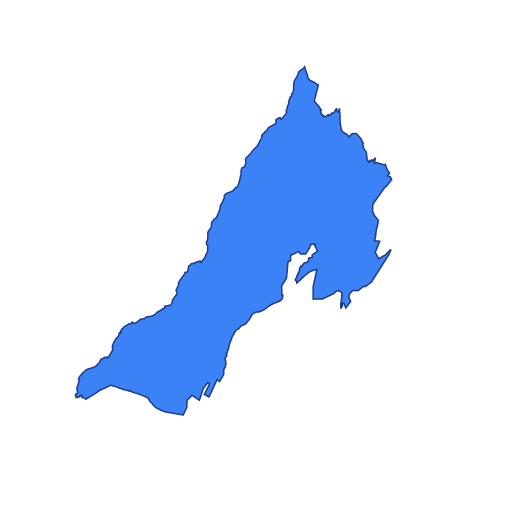 outline of Rubas pag., Saldus, Latvia, rotated 110°
{"feature_id": "27541924B9858590897676", "entity_name": "Rubas pag.", "entity_type": "district", "adm_level": 2, "iso_a3": "LVA", "parent_name": "Latvia", "parent_adm1": "Saldus", "projection": "robinson", "projection_center": [22.561, 56.414], "detail": "fine", "context": "isolated", "style": "filled", "palette": "blue", "viewbox_px": 512, "rotation_deg": 110, "n_neighbors": 0, "source": "geoboundaries", "source_scale": "gbopen_adm2", "svg_char_len": 6116}
<svg xmlns="http://www.w3.org/2000/svg" viewBox="0 0 512 512"><g transform="rotate(110 256 256)"><path d="M204.2,131.5L204.3,131.9L205.0,132.3L206.1,132.6L210.9,135.0L215.2,138.6L216.7,139.6L211.8,145.2L199.9,144.8L201.0,149.7L194.4,150.8L194.3,151.0L192.8,151.4L189.1,152.0L187.5,152.0L180.7,153.2L177.1,159.1L175.6,160.1L174.4,161.7L167.4,163.9L148.3,158.7L145.0,157.0L137.8,154.6L135.6,157.0L135.8,160.1L132.5,158.8L130.1,162.1L125.7,165.9L126.5,166.4L127.0,174.8L128.5,176.4L123.5,177.3L123.9,177.8L125.3,177.7L125.3,178.6L126.5,178.5L126.4,179.3L127.3,179.6L127.2,179.9L126.7,180.3L127.6,180.5L128.4,181.1L127.9,181.5L128.9,181.5L129.4,181.8L129.4,182.1L128.3,182.4L128.5,183.2L127.7,184.4L126.6,184.8L125.5,185.6L121.6,187.3L120.3,188.3L119.9,188.7L119.5,189.8L119.0,190.6L117.0,192.3L115.4,193.2L114.8,194.0L113.9,193.8L112.9,194.1L112.8,194.7L110.2,197.0L106.6,203.5L108.1,207.5L112.1,209.2L110.7,212.2L109.7,217.0L108.5,218.7L107.5,219.5L101.1,222.9L93.6,225.8L92.1,226.8L89.4,227.6L89.5,228.0L89.8,228.1L91.9,227.6L92.5,227.7L92.7,228.0L92.0,229.1L91.7,230.3L90.3,230.3L90.0,230.5L90.1,230.8L91.2,231.2L94.0,231.6L95.5,232.3L95.8,232.7L95.6,233.5L95.8,233.8L97.9,234.1L99.1,235.1L99.2,235.4L98.2,236.0L98.3,236.4L99.0,237.0L101.4,237.8L101.5,239.6L100.9,240.2L101.5,240.6L101.0,241.0L101.1,241.9L100.4,242.4L100.3,243.6L98.8,243.9L97.4,245.4L96.9,245.2L96.6,244.6L94.7,247.0L90.5,254.3L73.9,255.9L73.3,259.6L72.8,261.4L72.3,266.3L72.1,266.3L70.1,268.7L68.4,269.6L61.6,275.1L64.0,275.7L65.8,277.4L68.4,278.8L72.1,278.7L78.2,279.8L80.3,279.7L81.4,279.2L82.2,279.3L85.6,277.9L89.5,277.1L91.8,278.0L93.0,277.3L93.5,277.2L94.5,278.0L95.6,278.3L99.7,278.0L100.6,277.6L101.4,277.5L105.8,277.5L107.0,277.1L108.7,277.4L109.6,277.1L110.1,276.5L110.6,276.4L112.2,276.5L116.9,278.3L118.7,278.7L119.1,279.3L117.8,280.6L117.9,281.1L118.9,282.2L121.0,283.8L121.7,283.9L122.6,283.3L123.8,282.9L124.9,283.1L126.7,284.0L126.8,284.5L130.7,287.8L132.4,288.6L134.5,288.7L136.0,289.9L140.8,291.9L142.5,291.0L152.8,292.5L153.2,292.9L157.5,294.9L160.1,295.6L165.3,297.7L166.7,298.6L168.3,298.9L168.9,298.9L171.4,297.6L175.0,297.2L176.8,297.9L177.9,299.2L179.3,299.4L181.9,299.0L184.4,297.9L186.2,297.9L191.0,297.2L196.8,297.0L197.5,297.2L198.6,298.6L200.2,299.1L203.1,300.4L203.9,301.1L207.3,305.2L208.2,305.8L209.7,306.4L210.5,306.4L212.6,305.5L213.9,306.0L216.0,305.8L220.9,306.7L223.2,306.1L225.1,305.9L230.2,306.1L233.9,306.5L235.5,307.8L239.6,309.1L240.4,309.0L243.6,308.0L245.8,308.2L247.1,308.8L250.1,309.3L251.1,309.1L253.2,308.2L256.8,307.1L259.0,307.1L259.7,307.4L260.8,307.1L261.9,306.4L263.4,304.5L265.5,304.1L266.7,303.3L269.5,303.1L272.2,303.6L275.2,303.4L275.9,303.9L277.3,304.2L277.7,304.6L279.6,304.7L280.9,305.2L280.9,306.0L280.0,306.4L279.7,306.9L280.5,307.5L281.0,308.3L281.4,309.4L282.8,310.4L283.4,311.3L284.4,312.1L285.1,313.8L286.0,314.5L287.2,314.9L288.4,315.8L293.8,314.9L294.9,315.3L295.3,316.7L295.7,317.1L297.6,317.0L303.9,319.0L308.1,319.7L309.9,318.8L315.1,319.5L316.0,319.1L316.7,317.9L318.1,317.5L319.6,317.6L325.6,319.3L326.9,319.2L328.8,318.8L331.2,319.3L331.9,319.9L332.1,321.1L333.3,322.5L334.1,324.3L334.8,324.5L336.7,324.2L337.3,325.0L337.6,325.8L339.0,326.4L342.5,329.6L344.6,330.4L346.4,331.6L348.9,334.4L349.8,336.7L350.4,337.6L353.6,340.1L354.2,341.3L354.2,341.8L354.8,342.8L358.5,345.0L360.7,346.7L361.1,348.1L360.5,348.8L360.5,349.8L362.6,350.2L363.0,351.9L363.3,352.4L364.8,353.3L366.7,355.1L370.3,356.9L373.1,357.6L374.0,356.5L374.6,356.4L374.9,356.6L374.6,357.6L374.9,358.1L375.5,358.2L377.5,357.7L378.9,357.9L380.8,359.1L385.3,360.0L389.4,360.2L391.0,359.7L393.0,358.6L396.1,359.0L402.1,360.3L402.4,360.5L402.5,361.3L402.0,361.7L403.1,363.2L403.2,363.9L404.5,364.6L405.6,366.0L406.8,366.5L410.2,366.9L414.8,369.2L416.1,370.2L416.5,371.3L417.6,372.3L419.6,375.2L421.3,376.7L425.0,378.8L429.6,380.5L432.1,380.7L432.9,380.5L433.2,379.7L434.0,379.4L441.7,379.2L442.4,378.6L445.5,377.0L446.7,377.2L447.5,378.2L448.5,378.2L448.9,378.0L449.7,377.0L450.4,376.7L450.1,376.4L450.3,376.2L450.2,375.9L449.8,375.8L449.5,374.9L449.1,374.7L449.3,374.4L448.1,374.0L448.2,373.6L446.4,372.3L446.6,372.0L448.5,371.1L448.0,369.5L448.7,366.8L439.1,359.2L435.3,356.6L432.8,353.8L427.1,348.3L426.8,343.2L426.7,343.1L426.9,338.4L426.7,336.9L426.9,335.3L426.7,335.3L426.2,328.5L426.1,328.1L425.5,328.2L426.2,326.4L425.8,319.6L425.8,315.6L426.3,309.2L427.3,307.8L427.3,307.6L428.4,306.7L432.0,300.0L432.8,297.8L433.5,292.1L433.5,287.4L430.3,270.1L422.3,269.2L415.2,271.4L408.9,268.6L408.9,267.9L410.9,259.9L398.4,260.2L391.6,258.0L392.0,255.9L403.8,257.2L404.5,251.9L385.5,250.3L386.4,247.3L380.0,246.1L377.9,246.0L373.7,247.4L370.7,247.0L369.0,247.4L368.2,247.1L364.9,248.6L363.4,250.2L361.2,249.6L359.1,249.4L358.5,250.5L357.0,250.1L352.4,250.2L348.2,250.7L340.2,250.7L335.7,249.9L335.0,250.0L332.1,249.1L330.3,247.3L326.5,246.1L324.8,243.7L322.5,242.1L320.1,241.5L319.0,240.8L311.6,239.4L308.5,236.5L308.0,234.8L305.9,232.1L303.5,229.8L298.5,226.7L294.9,223.5L289.8,217.8L287.3,216.7L283.6,217.3L283.6,218.4L275.1,221.7L266.6,219.7L250.4,224.0L249.8,223.6L250.1,223.2L249.9,222.8L249.3,222.6L248.6,221.9L243.5,223.7L243.0,223.5L242.8,223.3L243.0,223.2L240.0,220.1L237.1,217.4L237.8,216.8L238.9,214.9L237.1,210.0L230.2,208.5L227.1,208.3L226.6,208.8L225.1,206.2L224.9,204.2L226.0,204.4L230.4,199.8L235.8,203.6L238.0,202.7L239.9,205.8L242.9,205.0L243.8,205.7L245.0,206.4L246.0,208.4L250.3,209.5L249.9,210.3L251.2,210.7L255.3,210.4L256.2,210.0L257.0,210.2L258.2,210.8L258.9,210.3L260.7,210.8L261.1,210.6L261.3,210.2L264.1,211.0L264.9,211.0L265.5,210.7L265.4,210.1L266.1,209.0L267.4,208.4L263.1,206.1L257.6,203.4L252.3,200.0L250.5,198.1L247.8,194.2L265.3,191.8L276.9,187.6L273.7,179.0L264.6,169.9L262.3,169.1L261.6,168.4L260.1,166.1L261.3,162.7L264.9,161.5L272.7,159.8L276.5,158.2L274.4,158.1L273.3,157.6L272.5,157.9L272.1,158.8L270.9,159.0L270.6,158.6L271.3,158.1L270.6,157.9L270.5,156.9L274.1,153.9L266.4,151.5L262.9,154.6L259.8,155.3L255.5,153.4L253.5,148.1L247.9,144.7L247.4,142.8L240.9,138.6L208.8,131.5L207.2,131.7L204.8,131.3L204.2,131.5Z" fill="#3b82f6" stroke="#1e3a8a" stroke-width="1.5"/></g></svg>